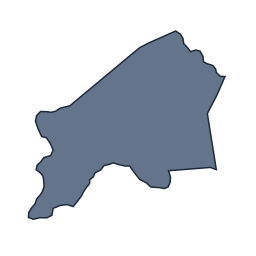 Cordeiro, Rio de Janeiro, Brazil, rotated 97°
{"feature_id": "56859067B26605122636621", "entity_name": "Cordeiro", "entity_type": "district", "adm_level": 2, "iso_a3": "BRA", "parent_name": "Brazil", "parent_adm1": "Rio de Janeiro", "projection": "orthographic", "projection_center": [-42.325, -22.061], "detail": "fine", "context": "isolated", "style": "filled", "palette": "slate", "viewbox_px": 256, "rotation_deg": 97, "n_neighbors": 0, "source": "geoboundaries", "source_scale": "gbopen_adm2", "svg_char_len": 1220}
<svg xmlns="http://www.w3.org/2000/svg" viewBox="0 0 256 256"><g transform="rotate(97 128 128)"><path d="M191.6,205.1L196.3,204.2L201.2,205.1L205.0,206.9L209.3,209.9L214.5,211.0L218.8,213.8L223.9,216.3L228.9,215.9L230.1,210.9L227.8,204.7L227.1,197.7L223.9,192.9L216.9,192.5L213.1,185.8L211.4,178.9L212.7,172.9L207.6,169.7L201.5,166.1L196.1,164.1L191.6,161.8L188.0,159.4L184.0,159.6L180.7,156.5L176.5,155.3L172.9,150.0L168.1,147.1L166.7,142.9L164.4,138.3L165.5,132.3L166.1,126.2L165.5,121.8L168.5,119.0L172.5,115.3L177.6,110.1L180.3,102.9L183.8,98.2L183.6,93.3L183.3,89.1L183.7,84.6L181.7,81.0L176.9,79.6L171.6,79.8L165.5,82.5L157.1,41.5L158.5,35.3L104.0,51.0L96.9,48.4L91.4,46.3L84.6,43.8L80.8,42.6L65.1,38.0L65.5,42.6L62.3,47.0L58.5,48.4L55.5,51.8L54.6,57.1L53.1,61.2L47.8,62.3L43.0,65.8L42.3,70.1L44.6,75.2L41.0,78.7L37.4,83.0L32.3,84.4L28.3,87.7L25.9,92.5L41.1,117.9L46.7,126.0L55.5,134.4L113.0,188.4L116.5,197.5L120.3,202.1L121.8,206.3L121.7,211.1L122.3,216.8L126.8,220.2L132.3,220.7L137.0,218.6L141.0,216.4L146.9,212.7L147.6,207.9L152.5,203.5L158.9,199.6L164.8,201.4L167.6,207.9L172.5,210.7L175.8,213.6L180.6,214.1L183.5,209.1L186.5,206.3L191.6,205.1Z" fill="#64748b" stroke="#1e293b" stroke-width="1.5"/></g></svg>